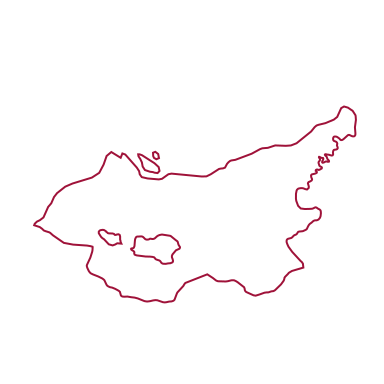 SVG path tracing the border of Selangor, rotated 103°
{"feature_id": "MYS-1148", "entity_name": "Selangor", "entity_type": "State", "adm_level": 1, "iso_a3": "MYS", "parent_name": "Malaysia", "parent_adm1": "", "projection": "robinson", "projection_center": [101.463, 3.229], "detail": "fine", "context": "isolated", "style": "outline", "palette": "rose", "viewbox_px": 384, "rotation_deg": 103, "n_neighbors": 0, "source": "natural_earth", "source_scale": "10m", "svg_char_len": 5933}
<svg xmlns="http://www.w3.org/2000/svg" viewBox="0 0 384 384"><g transform="rotate(103 192 192)"><path d="M259.9,338.3L258.3,338.1L255.7,336.4L253.7,333.9L250.2,331.0L238.9,328.8L234.7,326.6L227.9,325.3L223.4,323.2L215.3,316.7L210.6,310.3L200.5,292.8L194.2,286.7L185.2,284.3L176.1,283.3L171.2,279.6L174.7,269.2L170.1,268.5L170.5,265.4L180.6,251.3L183.6,248.2L186.5,246.9L188.8,244.3L188.8,238.3L187.2,227.2L185.9,224.2L180.0,219.0L178.7,216.1L174.7,186.0L173.5,181.4L170.5,177.7L163.5,170.9L162.7,169.2L162.0,167.1L160.8,165.3L156.7,164.2L154.7,163.1L153.1,161.8L152.4,160.7L150.9,157.0L141.3,142.5L134.9,135.3L133.6,133.3L131.9,128.0L127.9,121.4L125.9,111.0L124.4,106.1L121.0,101.1L106.2,89.5L101.2,87.1L99.2,85.6L98.1,83.9L94.9,77.5L89.6,70.1L86.2,67.4L76.7,65.5L74.5,63.1L74.7,59.1L76.8,53.7L80.3,50.1L81.0,49.7L84.9,48.5L92.3,47.8L98.0,46.0L99.6,45.7L100.4,45.9L101.1,46.3L101.6,47.5L101.6,48.5L101.5,49.3L101.1,50.9L101.0,51.6L101.2,52.3L101.6,52.9L106.6,56.4L107.6,57.5L107.9,58.5L107.7,59.2L106.8,60.4L106.2,61.7L105.7,63.1L105.6,64.0L105.7,64.8L105.9,65.6L106.3,66.2L107.0,66.5L107.9,66.6L109.4,66.2L110.0,65.6L110.3,65.1L110.5,63.5L110.7,62.7L111.1,62.1L111.5,61.7L112.3,61.3L113.8,61.3L114.3,61.1L115.6,60.2L116.1,60.0L116.8,59.9L117.6,60.3L118.3,61.3L118.6,62.3L119.1,63.2L119.9,63.6L121.6,63.6L123.4,63.0L124.0,63.0L124.7,63.3L125.1,64.3L124.9,67.0L125.1,68.5L125.1,69.4L125.1,70.2L125.4,70.8L125.8,70.9L126.4,70.4L127.2,69.0L127.7,68.5L128.9,67.8L129.4,67.4L129.8,66.9L130.6,65.7L131.2,65.4L131.6,65.4L132.0,66.3L132.0,68.0L132.3,68.7L132.7,69.2L133.6,70.2L133.9,70.8L134.1,71.4L133.7,71.9L132.7,72.0L130.9,71.5L129.9,71.6L129.4,72.0L129.6,73.4L129.5,74.2L129.1,75.6L129.2,76.1L129.7,76.1L131.2,74.7L132.0,74.5L132.9,74.7L134.0,75.3L135.1,75.3L137.7,73.8L138.2,72.9L138.6,71.3L139.1,70.9L139.9,70.9L141.6,72.7L142.0,73.5L141.9,75.0L142.1,75.6L142.5,76.1L143.0,76.3L143.6,76.2L144.0,75.3L144.5,74.8L145.2,74.8L146.0,75.6L146.5,76.4L147.9,79.2L148.5,79.6L149.3,79.7L150.8,79.1L152.3,78.0L152.9,77.8L153.8,78.0L154.9,79.0L156.1,80.6L156.7,80.9L157.5,81.0L160.4,79.4L161.8,79.2L163.7,80.5L163.7,82.4L163.4,84.2L163.4,85.1L163.7,86.7L164.3,88.2L164.6,88.8L165.0,89.4L165.6,89.8L166.2,90.2L167.0,90.4L170.3,90.3L175.2,89.2L177.2,88.4L181.6,85.5L183.6,82.3L183.2,78.3L182.2,74.3L181.3,71.2L180.9,70.5L179.2,68.4L179.1,67.8L179.2,67.1L179.5,66.4L180.1,64.9L180.2,64.1L180.5,63.4L180.9,62.8L181.4,62.4L182.4,62.0L183.8,61.6L186.5,61.3L188.3,61.5L190.3,62.5L191.1,63.4L191.6,64.3L192.0,65.9L192.4,66.5L192.8,67.1L193.9,67.9L194.4,68.2L195.3,68.9L196.5,70.0L197.8,70.7L199.4,71.2L201.8,71.7L202.4,71.9L202.9,72.3L203.4,72.8L205.1,75.0L205.4,75.6L206.4,78.6L206.7,79.1L206.9,79.5L207.4,79.8L209.2,80.4L209.9,80.9L210.3,81.4L211.1,82.6L212.2,83.4L213.5,84.1L214.0,84.5L214.5,85.0L216.0,87.9L216.4,88.3L216.9,88.7L217.7,88.9L219.0,88.7L219.8,88.4L221.5,87.3L223.6,85.7L227.8,80.9L234.9,70.5L235.5,69.3L236.4,68.3L236.9,67.8L240.6,66.5L246.4,76.8L249.0,79.5L250.3,80.1L253.7,82.2L254.8,82.6L255.5,82.5L257.1,82.6L258.0,82.8L262.0,84.5L269.0,89.0L270.2,90.3L271.0,92.4L272.5,94.8L272.8,95.5L272.9,96.3L273.8,98.7L276.8,103.4L278.7,106.7L278.8,108.9L277.4,115.9L277.1,117.0L276.7,117.6L276.2,118.1L275.6,118.5L274.3,119.0L273.1,119.8L269.6,127.3L268.9,129.4L268.6,131.0L268.7,131.9L268.9,132.7L269.1,133.5L269.4,134.2L270.8,136.9L271.6,139.0L273.1,146.5L273.0,147.7L272.8,148.7L271.1,152.3L268.8,158.6L282.1,178.0L283.5,178.7L285.5,179.3L293.1,183.6L294.2,183.9L300.9,184.8L302.0,185.5L302.4,186.0L303.2,187.3L303.9,189.6L305.2,192.3L305.7,193.7L305.9,195.5L305.3,201.5L305.6,203.4L306.4,205.5L307.7,208.1L308.3,209.6L308.8,211.1L308.9,211.9L309.0,213.8L307.9,220.9L307.8,224.2L308.2,227.7L308.4,231.4L309.3,234.6L309.5,236.3L309.3,237.2L308.8,238.0L305.5,239.8L304.9,240.8L304.4,242.3L303.6,245.3L303.1,248.4L303.2,250.3L303.1,251.1L302.7,252.7L302.3,253.6L301.5,254.5L297.7,257.5L297.3,258.1L296.9,258.9L296.4,260.1L295.4,264.4L294.6,269.9L294.0,272.4L293.3,273.5L292.3,274.7L289.8,276.7L288.4,277.6L287.2,278.0L286.4,277.9L278.8,276.3L272.6,275.8L270.9,275.9L268.1,276.4L267.7,276.6L267.6,278.6L267.8,282.2L270.0,296.0L270.4,305.4L265.5,317.7L263.7,321.0L263.4,322.0L263.1,326.0L262.8,327.8L261.6,329.7L260.4,332.5L259.9,338.3ZM258.9,197.2L257.3,197.0L252.4,194.5L250.1,191.5L249.1,191.2L248.4,191.3L246.4,193.3L243.8,194.7L243.4,195.1L243.2,195.5L242.5,197.1L239.7,202.8L239.6,203.5L240.2,211.6L240.5,212.4L241.3,214.1L242.3,215.4L242.9,216.0L245.5,217.8L246.1,218.5L246.6,219.5L246.8,220.6L246.8,221.8L247.0,222.3L247.1,222.6L247.4,222.8L248.0,223.6L248.5,225.0L248.6,225.9L248.5,226.6L248.3,227.2L247.2,228.9L246.8,229.7L246.6,230.6L246.7,231.6L247.2,233.3L247.5,234.5L247.8,235.5L248.4,236.2L249.5,236.6L250.8,236.8L252.1,236.7L257.6,235.9L259.0,236.1L259.6,236.3L260.0,236.8L260.7,238.4L261.2,238.6L261.9,238.0L262.3,237.0L262.7,235.7L263.2,234.9L263.7,234.6L264.5,234.6L265.2,234.3L265.9,233.8L266.1,232.8L266.2,231.5L265.3,222.7L264.4,218.3L264.1,215.7L264.2,214.1L264.7,213.4L265.5,212.5L265.8,211.6L266.1,208.3L266.5,207.4L267.9,205.9L268.2,205.2L268.4,204.2L268.2,202.8L267.9,201.4L267.0,199.4L266.2,196.9L265.5,196.0L265.0,195.3L264.2,194.9L263.3,195.0L261.4,196.0L260.3,196.8L258.9,197.2ZM251.8,273.9L253.2,273.5L256.1,270.6L257.1,269.0L257.8,267.1L261.7,261.3L261.9,257.3L260.4,255.0L258.8,253.3L258.2,249.2L256.6,250.4L255.8,250.6L254.6,251.3L251.6,252.0L250.2,252.7L249.7,254.0L250.2,255.4L251.0,256.7L251.1,257.7L250.4,258.6L250.3,260.1L251.0,263.6L251.0,264.8L250.5,265.5L250.1,266.6L249.5,267.2L248.8,269.4L249.1,271.0L249.9,272.8L250.9,273.6L251.8,273.9ZM181.6,232.9L181.4,234.5L181.7,237.5L181.2,242.8L178.3,245.8L174.4,247.5L171.4,249.9L170.2,251.2L169.0,252.3L167.4,252.9L167.1,251.5L167.4,249.0L172.4,235.0L175.2,230.1L178.8,228.4L181.3,229.8L181.6,232.9ZM168.1,234.1L167.3,236.7L165.7,237.9L162.5,238.8L161.1,236.8L162.6,233.5L166.4,231.8L168.1,234.1Z" fill="none" stroke="#9f1239" stroke-width="2"/></g></svg>